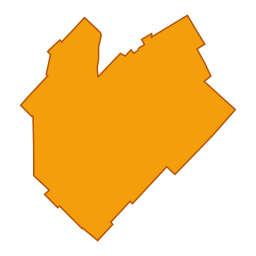 outline of San Vicente, Buenos Aires, Argentina
{"feature_id": "61730980B97946268235834", "entity_name": "San Vicente", "entity_type": "district", "adm_level": 2, "iso_a3": "ARG", "parent_name": "Argentina", "parent_adm1": "Buenos Aires", "projection": "mercator", "projection_center": [-58.438, -35.081], "detail": "fine", "context": "isolated", "style": "filled", "palette": "amber", "viewbox_px": 256, "rotation_deg": 0, "n_neighbors": 0, "source": "geoboundaries", "source_scale": "gbopen_adm2", "svg_char_len": 961}
<svg xmlns="http://www.w3.org/2000/svg" viewBox="0 0 256 256"><path d="M112.8,224.4L110.7,222.2L123.3,208.6L130.1,201.3L132.5,203.7L147.7,187.2L161.1,172.8L166.7,166.8L174.9,174.4L196.9,151.8L212.7,135.4L235.3,109.6L229.0,104.0L218.7,94.6L204.2,81.4L210.8,76.0L204.7,63.1L196.9,49.0L204.8,44.2L196.0,29.9L187.7,15.8L187.4,15.4L176.4,22.0L152.3,36.6L151.4,37.2L151.8,34.9L151.6,33.6L141.6,39.5L144.5,44.6L139.1,47.9L137.5,50.8L133.6,53.2L131.1,49.7L125.3,56.0L120.5,53.4L109.5,64.8L98.1,76.8L97.8,76.6L97.3,68.2L97.3,66.8L97.5,65.8L98.4,60.1L98.6,59.3L98.6,47.1L98.7,46.4L101.1,35.9L101.1,34.9L101.0,34.2L100.7,33.5L100.3,32.7L99.8,32.0L94.3,26.8L84.5,17.6L72.0,31.1L61.7,41.9L59.8,40.0L47.6,51.5L50.5,54.6L46.3,74.2L46.2,74.5L47.7,75.8L28.2,96.7L20.7,105.2L31.5,116.3L33.0,116.3L33.6,142.6L33.7,158.8L33.8,175.7L49.2,190.2L44.6,194.4L57.7,207.7L59.5,206.0L82.0,228.5L82.4,227.9L97.7,240.6L112.8,224.4Z" fill="#f59e0b" stroke="#b45309" stroke-width="1.5"/></svg>